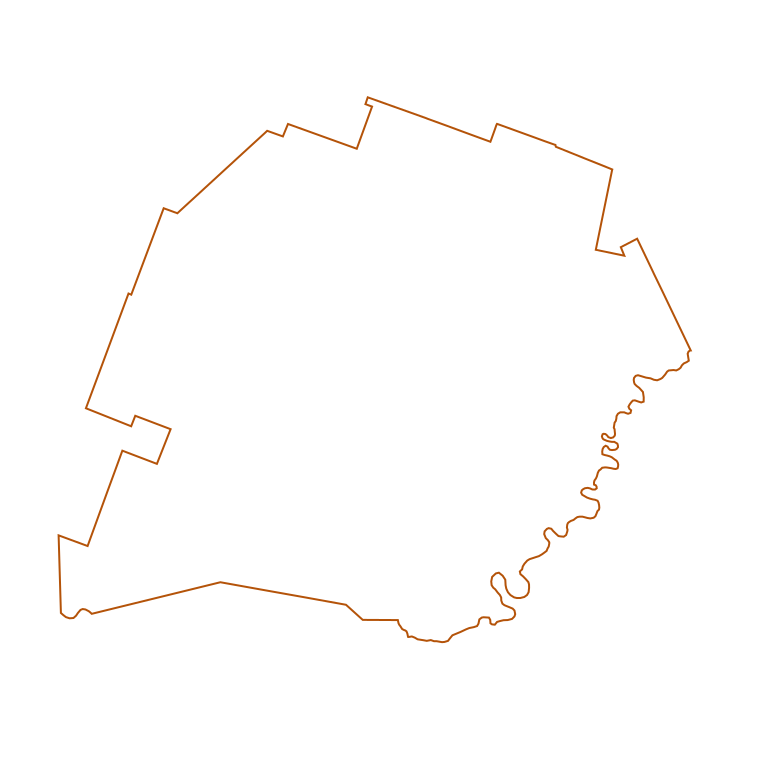 San Martín, Santiago del Estero, Argentina, rotated 279°
{"feature_id": "61730980B99739045741141", "entity_name": "San Martín", "entity_type": "district", "adm_level": 2, "iso_a3": "ARG", "parent_name": "Argentina", "parent_adm1": "Santiago del Estero", "projection": "orthographic", "projection_center": [-63.906, -28.198], "detail": "fine", "context": "isolated", "style": "outline", "palette": "amber", "viewbox_px": 768, "rotation_deg": 279, "n_neighbors": 0, "source": "geoboundaries", "source_scale": "gbopen_adm2", "svg_char_len": 4351}
<svg xmlns="http://www.w3.org/2000/svg" viewBox="0 0 768 768"><g transform="rotate(279 384 384)"><path d="M652.9,384.9L653.0,384.8L664.6,323.1L657.5,321.9L656.1,328.8L612.1,320.3L625.8,248.5L612.7,245.4L615.8,229.0L613.3,227.1L590.2,208.7L568.3,191.3L538.2,167.4L532.7,163.0L524.0,156.1L520.3,153.2L520.7,151.5L520.8,150.7L522.1,144.2L523.1,138.9L432.7,120.4L433.4,117.5L363.6,103.5L360.1,102.8L317.4,94.2L313.4,93.4L302.7,140.9L313.7,143.3L306.0,180.3L269.6,172.2L277.2,136.0L258.2,132.3L234.9,127.7L177.6,116.6L183.6,86.3L107.3,100.7L105.6,103.4L104.0,106.3L103.4,110.1L104.3,113.9L107.0,116.1L110.0,117.5L113.4,119.6L114.6,121.6L114.6,124.4L113.4,128.0L112.4,129.7L111.3,131.3L162.6,253.4L161.7,297.2L160.9,339.2L160.0,381.0L147.7,399.9L153.0,434.6L149.9,435.8L148.5,436.8L147.4,438.0L145.8,439.4L144.8,440.3L144.1,442.4L143.9,443.6L143.2,444.9L142.0,445.6L141.2,446.1L138.0,447.3L138.0,448.0L139.0,451.0L138.3,454.1L137.1,457.1L137.1,459.7L137.1,463.2L137.0,466.4L138.4,470.3L137.8,473.6L138.2,476.4L138.1,481.7L138.7,484.1L140.3,487.4L142.9,488.8L146.5,490.9L151.1,498.4L154.5,503.4L156.3,506.4L157.9,510.7L159.5,513.8L162.1,514.8L166.4,515.0L168.6,517.1L169.2,518.9L169.7,524.2L167.7,525.8L164.3,526.6L163.5,528.2L163.6,531.1L166.7,532.9L168.0,535.6L169.4,539.0L170.2,543.1L172.0,547.2L174.8,549.2L177.2,549.6L180.7,548.3L182.3,546.2L183.2,542.6L184.0,539.1L184.4,537.5L185.6,535.3L188.5,533.7L191.5,533.1L193.7,531.5L195.8,528.9L198.6,526.0L199.9,523.8L202.1,521.8L205.8,520.8L210.4,521.0L214.4,524.1L215.6,527.0L213.2,531.2L209.7,534.4L204.2,535.6L201.0,536.8L197.7,539.0L195.3,541.9L193.6,545.9L193.4,548.8L194.0,552.2L195.6,555.9L198.0,558.3L201.0,559.4L205.3,559.2L208.7,558.6L210.9,557.6L213.4,554.6L215.8,551.4L217.5,548.5L220.1,547.5L222.5,549.4L225.5,549.6L228.4,550.8L232.0,553.1L233.8,555.2L235.2,558.0L236.8,561.1L238.2,563.9L240.6,566.8L243.0,569.2L244.6,570.7L247.2,571.3L249.2,572.1L252.3,572.2L253.5,572.0L255.3,570.4L257.1,567.9L260.8,565.7L263.6,565.7L266.4,567.6L267.4,569.2L267.2,571.9L265.4,573.9L263.1,577.1L261.1,580.1L261.1,582.2L261.3,585.4L263.3,587.5L267.1,588.1L268.7,588.1L270.9,587.1L273.8,587.0L275.4,587.4L276.6,588.4L278.0,590.0L279.4,592.5L281.2,594.1L282.8,595.8L283.6,598.0L284.0,600.8L283.8,603.1L283.5,605.9L283.5,608.8L284.7,612.0L286.5,613.5L288.9,614.1L291.8,614.7L293.6,616.0L295.6,616.0L298.0,615.4L300.5,614.4L302.1,613.2L302.7,610.5L302.7,608.3L303.0,605.3L303.6,602.2L304.8,599.2L305.6,597.1L307.5,595.7L309.9,596.0L311.3,597.2L312.5,598.8L313.3,601.5L313.1,603.9L312.4,606.3L312.8,609.0L314.2,610.4L315.9,610.0L317.1,609.0L317.5,607.2L319.7,606.8L321.7,607.0L323.8,608.1L326.0,608.7L329.8,609.1L332.2,609.9L333.4,611.2L335.4,612.6L336.2,615.3L336.4,617.1L336.4,621.6L336.2,624.2L336.3,626.2L337.3,627.9L339.4,628.1L341.2,627.9L343.0,627.1L344.6,625.7L345.5,623.7L347.3,620.4L347.9,618.2L348.2,615.8L348.4,612.9L348.8,610.7L351.4,610.1L353.9,610.1L356.1,610.9L357.7,612.6L357.1,614.6L355.6,615.8L354.4,617.4L354.4,619.5L355.2,622.5L356.2,623.9L358.2,625.0L360.0,624.6L361.6,623.8L362.3,622.0L362.9,620.5L362.5,618.3L362.5,616.1L362.7,613.2L363.4,610.4L363.8,609.2L364.8,608.2L366.4,607.4L368.6,607.8L369.2,608.8L369.2,610.6L368.0,612.5L366.6,613.9L366.1,616.5L367.1,618.7L369.1,620.0L370.8,620.0L373.0,619.4L375.4,618.8L376.8,617.8L379.3,617.8L381.9,617.8L383.7,618.7L386.1,618.9L388.6,618.7L391.2,619.7L393.0,621.8L393.6,625.7L393.1,627.7L392.8,629.7L394.0,632.0L396.7,632.2L397.9,630.2L399.8,629.0L402.2,629.8L404.5,631.0L406.5,632.3L407.1,634.3L406.4,638.2L406.0,640.9L407.2,643.2L411.5,642.6L416.6,641.0L418.5,638.7L420.1,636.7L421.6,633.8L423.2,631.6L424.6,630.8L427.1,630.0L429.1,630.0L431.4,631.3L432.4,633.5L431.9,637.4L431.3,641.7L431.3,646.4L430.4,649.9L430.4,653.2L432.2,656.3L433.6,657.9L437.3,660.2L440.5,661.7L441.9,663.1L443.1,667.8L443.1,670.5L444.7,672.8L446.5,674.4L449.0,675.3L451.2,676.9L453.0,679.6L454.7,681.4L458.9,680.0L461.4,679.2L463.6,679.7L464.9,680.9L465.1,681.7L519.8,644.0L535.0,633.4L538.4,631.1L567.1,611.3L556.2,596.5L548.3,601.3L549.7,572.2L630.6,575.8L631.6,575.9L632.7,571.2L638.3,546.5L645.2,516.6L647.0,515.9L647.0,515.4L649.0,504.6L651.2,493.4L658.5,455.6L658.5,455.3L658.6,455.0L658.6,454.9L658.0,454.7L656.9,454.4L653.4,453.8L642.4,451.7L639.9,451.2L643.8,431.2L647.0,415.1L648.9,405.6L652.9,384.9Z" fill="none" stroke="#b45309" stroke-width="2"/></g></svg>